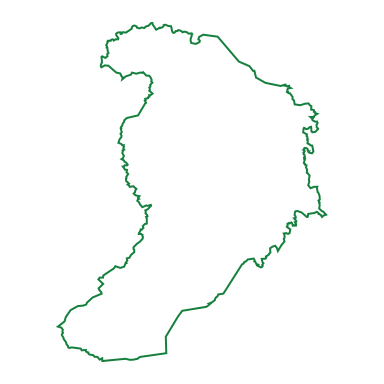 the district of Castlebar Lea-7, Mayo, Ireland
{"feature_id": "5873133B79217415432935", "entity_name": "Castlebar Lea-7", "entity_type": "district", "adm_level": 2, "iso_a3": "IRL", "parent_name": "Ireland", "parent_adm1": "Mayo", "projection": "robinson", "projection_center": [-9.299, 53.81], "detail": "fine", "context": "isolated", "style": "outline", "palette": "green", "viewbox_px": 384, "rotation_deg": 0, "n_neighbors": 0, "source": "geoboundaries", "source_scale": "gbopen_adm2", "svg_char_len": 5944}
<svg xmlns="http://www.w3.org/2000/svg" viewBox="0 0 384 384"><path d="M101.5,67.3L104.7,65.4L108.4,65.7L116.2,72.5L120.3,73.5L121.6,76.5L122.8,77.2L122.3,79.3L126.1,76.2L130.7,74.8L132.1,72.6L136.3,73.7L140.6,72.5L142.3,72.9L143.1,72.2L146.3,75.6L149.1,75.7L150.3,76.9L151.7,80.0L151.2,81.5L152.4,82.6L150.2,84.9L150.5,85.2L150.2,86.9L149.3,87.5L149.8,88.7L149.8,90.3L149.3,90.8L152.6,93.6L150.2,95.3L149.1,95.2L149.4,96.7L148.2,97.2L148.1,98.1L145.2,98.8L145.6,100.3L144.8,100.6L146.0,102.8L145.1,103.5L138.1,115.4L126.8,118.0L124.2,120.4L124.2,121.8L122.9,123.2L122.1,125.9L121.1,126.9L121.3,128.1L120.7,128.3L121.8,132.2L120.5,133.8L121.5,135.5L121.4,137.0L119.6,139.3L118.4,142.8L121.4,144.0L122.2,145.2L123.7,145.2L123.4,146.0L124.0,146.7L123.3,148.3L124.2,149.7L122.5,150.5L122.8,151.7L122.3,153.1L123.9,156.0L122.9,158.2L121.5,159.1L123.9,160.4L124.5,161.7L126.2,162.6L127.7,164.7L127.2,165.3L124.6,165.3L124.0,166.5L122.9,166.6L125.0,169.6L127.0,169.9L126.5,172.2L128.2,174.0L126.2,177.0L126.5,178.2L125.9,178.9L126.2,181.0L128.9,183.5L127.7,184.6L128.9,185.1L129.7,186.9L133.2,186.2L136.4,188.9L135.2,190.7L135.0,192.2L133.7,193.6L135.5,195.3L139.4,196.2L138.1,197.7L139.0,198.8L138.1,199.0L137.3,200.8L138.8,201.9L139.9,204.2L142.3,207.2L146.2,205.5L147.6,205.8L150.8,204.9L151.1,205.7L147.7,209.3L145.3,210.4L145.8,211.9L145.5,213.4L147.1,215.0L147.5,216.4L146.1,216.9L146.8,218.4L146.8,223.6L144.9,224.0L142.8,226.1L143.4,227.9L141.6,229.7L140.6,229.5L140.4,230.8L138.8,233.4L138.8,234.0L140.8,233.9L142.5,234.9L142.3,235.7L142.9,236.8L142.7,238.6L139.9,241.7L137.0,243.7L133.5,247.3L133.5,249.0L134.2,249.6L134.3,252.1L130.9,255.0L129.5,257.7L126.8,258.4L127.3,260.7L125.8,262.5L126.3,263.1L125.6,263.3L124.1,266.7L120.2,267.9L115.3,266.2L113.9,268.4L103.4,275.4L103.0,277.6L99.7,277.6L98.4,279.4L103.2,283.9L98.6,288.3L99.4,290.1L101.3,292.2L101.6,293.7L92.6,297.5L87.0,302.6L86.2,304.5L83.2,305.6L77.8,306.1L70.6,310.1L65.8,317.1L64.5,321.5L57.9,326.6L61.4,327.7L62.8,329.7L62.4,331.7L63.0,332.9L61.8,334.4L62.0,335.4L63.5,337.6L63.6,338.9L65.8,341.9L66.7,344.6L67.9,345.8L68.3,347.5L69.1,348.0L68.8,348.3L70.6,347.5L72.6,347.5L80.7,348.6L81.7,350.3L85.9,350.0L85.7,350.9L86.3,351.8L88.4,352.5L88.3,353.5L89.2,354.4L93.5,355.3L94.4,356.7L97.5,357.0L99.6,359.6L102.2,358.3L102.3,361.0L125.5,358.8L129.8,359.8L133.1,359.7L137.8,358.7L139.1,357.4L140.9,356.8L166.3,353.2L165.8,336.7L178.0,316.5L182.2,310.8L206.4,306.8L208.1,305.6L210.1,303.9L209.1,303.5L212.0,302.3L214.8,300.2L215.6,297.7L217.4,296.5L218.2,294.5L223.4,293.6L242.0,264.4L243.6,263.5L244.5,261.8L245.9,261.5L247.7,259.5L253.7,258.6L254.7,260.4L254.3,261.4L255.3,261.8L256.8,265.0L257.5,264.4L258.5,264.7L258.1,266.0L260.9,267.4L261.8,267.1L262.7,265.9L262.2,265.0L263.4,263.2L262.5,262.3L261.7,258.9L265.5,258.7L265.9,258.3L265.9,256.7L266.4,256.8L266.6,256.1L268.9,254.6L269.1,253.7L270.4,252.6L270.1,248.3L272.5,246.6L275.2,245.8L276.9,247.9L277.9,251.0L281.5,245.0L284.5,241.5L283.8,238.9L284.5,237.7L284.5,234.8L283.8,233.5L286.0,233.1L288.1,233.9L289.6,233.1L290.3,229.4L286.8,226.8L287.7,225.5L287.4,223.9L289.0,222.9L289.5,223.5L291.4,222.5L292.1,223.2L292.8,225.7L295.3,225.6L295.0,225.1L296.0,225.1L296.1,224.2L294.9,222.2L296.2,221.9L296.3,221.0L294.0,218.3L295.7,217.8L295.6,216.3L294.7,215.4L294.8,212.7L295.4,211.3L297.4,211.0L301.6,212.5L307.0,217.1L307.7,216.9L308.2,213.9L314.4,213.0L316.9,211.8L318.9,213.5L318.7,214.0L320.7,214.8L322.0,217.0L323.4,215.6L326.1,214.7L323.1,211.5L321.9,211.1L319.2,208.6L319.7,205.0L319.1,202.5L319.5,202.4L318.5,200.5L319.8,199.6L319.5,195.7L318.3,192.6L317.6,192.1L316.9,187.4L317.2,186.8L314.2,186.8L310.5,188.2L308.2,185.2L309.3,181.7L308.9,179.9L309.6,175.6L307.5,173.0L306.8,172.8L307.1,169.5L306.0,167.4L306.5,165.3L305.1,164.9L304.6,164.0L304.8,163.7L303.8,162.9L304.8,159.7L304.0,158.8L304.1,157.9L304.7,158.0L304.4,157.4L304.9,157.3L304.5,154.9L303.5,154.1L303.9,153.0L303.5,152.6L304.3,151.6L303.7,151.5L304.2,151.4L304.3,150.5L303.8,150.2L304.3,150.1L304.0,148.6L304.5,148.0L306.7,148.2L307.9,149.6L307.7,150.6L308.6,152.0L309.0,151.8L308.8,152.3L309.8,152.9L312.1,153.3L313.4,151.4L312.2,145.6L310.3,145.3L309.7,144.4L307.5,143.4L307.8,141.0L307.2,140.1L307.9,139.2L307.3,138.7L307.3,136.7L306.5,136.0L307.0,134.4L303.2,132.4L303.6,128.4L304.1,127.8L306.1,129.1L307.9,128.8L309.8,127.1L311.1,126.8L311.5,131.4L312.4,132.3L315.3,131.9L318.0,129.1L318.1,128.6L316.8,127.5L316.5,124.8L317.6,123.1L317.1,121.6L315.3,121.7L312.6,120.3L312.2,119.2L312.7,118.5L312.0,118.5L310.4,117.0L314.0,117.0L314.4,115.7L317.3,113.8L315.2,113.2L315.2,112.1L313.9,111.8L314.1,110.6L313.8,110.0L311.1,109.6L311.4,106.1L309.9,105.3L308.5,103.4L304.6,103.8L300.5,105.2L294.7,104.4L294.0,100.4L292.5,99.2L292.6,97.0L290.0,93.3L288.4,93.2L288.2,92.1L287.0,92.0L287.6,90.1L287.4,89.3L288.2,88.3L290.6,88.0L289.7,87.5L289.1,85.8L287.0,86.4L285.3,84.6L284.2,84.9L285.0,85.7L282.9,85.3L280.7,86.0L265.3,82.8L256.0,77.5L254.4,70.8L253.1,70.9L249.5,66.2L238.9,61.6L217.7,36.7L203.2,34.7L199.2,36.9L198.4,39.2L199.8,40.6L199.5,42.1L195.9,43.9L191.3,43.0L190.6,40.7L190.6,39.0L191.7,35.8L191.6,34.0L192.1,33.9L191.8,33.4L188.4,33.6L186.9,32.2L184.0,31.6L182.7,32.3L180.7,30.7L178.2,30.1L177.2,31.2L175.8,31.0L174.6,32.6L173.3,32.9L172.2,31.5L171.1,26.3L168.3,26.0L165.3,24.7L163.7,25.1L163.7,25.9L162.4,27.3L159.9,28.1L159.7,27.7L156.2,29.7L152.7,24.5L152.4,23.0L151.1,23.1L148.3,25.9L145.7,26.5L144.4,28.0L141.7,27.5L139.2,28.4L136.9,27.6L136.7,26.5L134.5,25.5L132.7,26.1L131.7,27.7L131.8,28.7L125.9,32.6L122.8,32.2L121.8,33.7L120.7,33.9L120.5,32.3L117.9,32.5L116.2,33.6L116.2,35.2L118.4,38.2L118.0,39.3L115.8,39.3L113.8,40.5L113.5,39.6L112.6,39.4L111.1,39.8L110.8,40.7L108.0,40.8L108.2,41.5L107.4,41.8L107.5,42.7L106.2,45.2L107.0,46.4L106.7,47.5L107.3,47.6L107.8,51.7L108.5,53.0L107.2,54.1L107.5,56.2L105.3,57.9L102.2,56.3L101.5,56.8L102.0,62.2L100.8,65.1L100.9,66.7L101.5,67.3Z" fill="none" stroke="#15803d" stroke-width="2"/></svg>